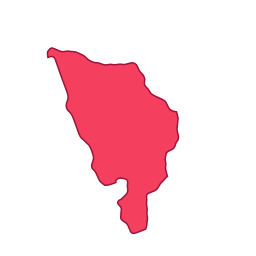 the district of Cabral, Barahona, Dominican Republic, rotated 160°
{"feature_id": "3306468B71944669665179", "entity_name": "Cabral", "entity_type": "district", "adm_level": 2, "iso_a3": "DOM", "parent_name": "Dominican Republic", "parent_adm1": "Barahona", "projection": "mercator", "projection_center": [-71.231, 18.209], "detail": "fine", "context": "isolated", "style": "filled", "palette": "rose", "viewbox_px": 256, "rotation_deg": 160, "n_neighbors": 0, "source": "geoboundaries", "source_scale": "gbopen_adm2", "svg_char_len": 3120}
<svg xmlns="http://www.w3.org/2000/svg" viewBox="0 0 256 256"><g transform="rotate(160 128 128)"><path d="M169.5,82.2L167.6,81.5L165.1,81.1L162.5,80.9L158.1,80.9L157.5,82.4L157.2,82.8L156.7,83.2L156.1,83.5L155.5,83.6L154.2,83.8L152.9,83.6L152.2,83.5L150.4,82.6L148.4,81.4L147.5,80.6L147.1,80.2L146.8,79.6L146.7,79.0L146.7,77.7L147.1,76.6L147.9,75.0L148.4,73.8L149.4,69.8L150.0,68.6L150.8,67.5L151.8,66.7L152.4,66.3L157.8,63.8L159.0,63.4L160.9,63.1L162.0,62.7L162.5,62.4L162.9,62.0L163.2,61.5L163.4,61.0L163.3,59.8L162.0,56.7L161.9,56.1L161.8,54.8L162.2,53.5L163.6,50.7L165.3,46.7L165.6,45.6L165.7,45.0L165.5,44.4L165.3,43.8L164.7,42.7L162.6,39.9L161.9,38.6L161.7,37.9L161.3,35.7L161.1,30.5L160.8,29.1L160.5,28.5L160.1,27.9L159.6,27.5L159.0,27.2L158.3,27.0L157.0,26.8L154.0,26.7L146.1,26.9L144.4,29.0L143.7,30.1L142.5,32.6L140.7,36.1L140.3,37.4L139.8,40.2L139.4,41.5L138.0,44.5L137.6,45.7L136.9,49.2L136.5,50.6L134.9,54.1L133.9,57.7L133.6,58.3L133.2,58.7L132.6,59.1L132.0,59.4L130.7,59.7L124.7,59.9L123.2,60.2L122.4,60.4L121.8,60.7L120.5,61.5L117.1,64.2L115.9,65.0L113.4,66.1L109.9,68.1L107.5,69.0L107.0,74.5L106.7,76.6L106.3,77.9L104.9,80.9L104.5,82.2L104.0,84.9L103.6,86.3L102.7,88.0L101.1,90.6L100.3,91.5L99.0,92.1L97.7,92.4L94.0,92.8L92.5,93.2L92.0,93.4L90.4,94.6L89.6,95.5L88.2,97.4L85.8,99.2L84.9,100.1L84.2,101.1L83.6,102.4L83.4,103.1L82.9,107.7L82.4,110.0L81.9,111.2L80.7,113.5L79.6,116.0L78.1,118.9L77.6,120.2L77.3,122.3L76.9,126.6L80.0,128.5L81.0,129.4L81.8,130.4L82.5,131.6L82.9,132.9L83.5,138.6L83.8,140.0L84.1,140.6L85.0,141.9L85.9,143.0L91.3,148.4L92.9,150.1L94.2,151.9L94.8,153.2L95.7,157.3L96.2,158.6L97.0,160.3L97.4,161.5L97.6,162.8L97.5,163.5L97.2,164.7L96.1,166.9L95.6,168.2L95.4,169.5L95.5,171.6L95.8,173.0L97.1,176.0L97.6,177.2L97.8,178.6L98.2,182.9L98.4,184.3L99.0,185.5L99.8,186.6L100.9,187.4L102.1,188.0L103.5,188.2L107.8,188.6L109.2,188.8L110.5,189.2L113.4,190.6L114.8,191.0L118.2,191.8L119.5,192.2L122.4,193.7L123.7,194.1L126.5,194.6L127.8,195.1L128.5,195.4L129.7,196.2L133.2,199.0L134.4,199.8L136.3,200.6L137.5,201.3L138.7,202.2L139.8,203.2L141.3,204.9L142.2,206.1L142.8,207.3L143.7,209.2L144.4,210.4L145.3,211.6L146.8,213.2L148.9,215.3L150.5,216.8L151.7,217.6L152.9,218.3L154.8,219.1L157.2,220.3L158.4,220.9L159.7,221.2L162.5,221.8L163.8,222.3L164.4,222.6L166.2,223.9L170.3,227.9L171.3,228.7L171.9,229.0L172.5,229.2L173.1,229.3L173.7,229.2L174.3,229.1L175.3,228.5L177.4,227.2L178.1,225.8L178.5,224.4L179.1,221.7L176.4,221.6L175.2,221.3L174.6,221.0L174.1,220.6L173.7,220.1L173.3,219.4L173.1,218.8L172.9,217.3L172.9,215.0L173.1,201.7L173.0,183.4L173.1,180.1L173.6,177.8L174.2,176.4L175.0,175.2L177.2,172.4L178.3,170.5L178.7,169.2L178.8,167.8L178.8,166.4L178.4,165.0L176.8,161.5L176.4,160.0L176.2,158.4L176.0,154.2L176.1,140.7L176.0,138.3L175.8,136.6L175.2,134.5L173.6,131.6L172.5,129.1L170.7,125.6L170.3,124.0L170.1,122.5L169.9,119.2L170.0,115.9L170.2,113.4L170.6,111.9L170.8,111.2L171.6,109.9L174.6,106.0L175.2,104.7L175.4,103.4L175.4,102.7L175.1,101.5L173.9,98.6L173.5,97.2L173.3,94.9L173.0,90.2L172.6,87.9L171.8,86.0L169.5,82.2Z" fill="#f43f5e" stroke="#9f1239" stroke-width="1.5"/></g></svg>